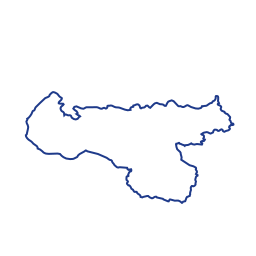 the State of Sachsen, rotated 200°
{"feature_id": "DEU-1601", "entity_name": "Sachsen", "entity_type": "State", "adm_level": 1, "iso_a3": "DEU", "parent_name": "Germany", "parent_adm1": "", "projection": "natural_earth1", "projection_center": [12.997, 50.915], "detail": "fine", "context": "isolated", "style": "outline", "palette": "blue", "viewbox_px": 256, "rotation_deg": 200, "n_neighbors": 0, "source": "natural_earth", "source_scale": "10m", "svg_char_len": 5687}
<svg xmlns="http://www.w3.org/2000/svg" viewBox="0 0 256 256"><g transform="rotate(200 128 128)"><path d="M186.9,120.1L186.3,120.1L185.6,119.8L184.8,118.9L184.4,118.5L182.0,117.9L180.0,118.2L178.5,119.4L177.7,121.7L177.0,122.5L177.7,122.9L179.8,123.1L181.1,123.5L180.5,124.0L180.4,124.8L182.0,126.1L184.3,126.7L186.0,127.5L185.6,129.5L183.8,130.7L178.9,130.4L176.6,130.8L176.0,131.3L174.8,132.7L174.1,133.3L164.3,136.9L163.1,137.0L160.8,136.8L159.6,137.0L158.9,137.4L158.0,138.4L157.3,138.8L156.5,138.8L155.9,138.7L155.4,138.7L154.8,139.3L154.5,140.1L154.8,141.3L154.8,141.7L154.3,142.2L153.6,142.3L151.8,143.3L150.6,143.5L147.8,143.2L146.4,143.3L144.0,144.0L142.8,144.2L137.2,144.2L134.3,144.6L131.8,145.9L132.5,147.1L132.3,148.2L131.4,149.1L130.4,149.7L130.7,150.4L130.7,150.9L130.3,151.2L129.7,151.5L128.6,152.6L127.5,153.4L126.4,153.6L125.0,153.1L124.6,152.7L123.7,151.5L123.3,151.1L122.6,150.9L122.4,151.0L122.4,151.3L122.0,151.6L119.6,153.0L119.3,153.5L118.6,155.1L117.3,155.7L116.3,155.3L115.2,154.7L114.0,154.6L111.9,159.2L111.0,160.5L109.5,161.5L106.2,161.3L104.4,161.8L103.2,162.0L102.1,161.8L101.6,161.5L101.1,161.4L100.6,161.5L100.0,161.8L99.6,165.1L99.2,166.5L98.3,167.4L96.4,168.9L94.3,168.8L88.5,165.9L88.0,165.8L87.4,165.9L86.1,166.5L85.0,166.4L84.0,166.4L83.0,166.7L82.2,167.4L80.8,169.1L80.1,169.7L79.2,169.8L75.9,169.3L71.2,169.5L68.6,170.2L66.4,171.7L65.9,172.9L66.0,173.6L65.9,173.9L64.9,174.1L64.1,174.7L62.3,175.5L61.6,176.1L59.6,179.0L58.9,179.6L58.2,180.0L57.7,180.6L57.5,181.9L56.3,183.2L55.9,184.0L55.7,185.4L55.9,186.4L56.3,187.2L56.3,188.0L55.4,188.5L54.3,188.4L53.7,187.6L52.9,185.3L52.8,184.5L52.5,183.9L51.0,182.5L50.9,182.4L51.0,182.2L51.5,181.9L51.8,181.4L51.8,181.1L51.6,180.8L51.2,180.6L49.3,180.5L48.4,180.3L47.7,179.8L47.5,179.2L47.5,177.8L47.1,177.1L45.9,176.3L42.9,176.2L42.4,175.5L40.7,175.0L39.8,175.1L39.3,175.1L36.5,173.6L35.9,173.3L35.7,173.1L35.4,171.6L35.5,171.2L35.6,170.8L35.4,170.4L34.1,169.7L32.9,168.1L32.3,167.9L30.6,168.0L30.1,167.4L30.1,167.1L30.3,166.9L30.7,166.6L31.3,166.3L32.3,166.0L32.5,165.9L32.6,165.6L32.7,165.0L33.2,164.6L33.3,164.3L33.3,163.5L33.2,163.2L32.2,162.5L32.0,162.2L32.0,161.8L32.1,161.4L32.5,160.7L33.2,159.9L34.6,159.0L35.5,158.2L36.0,157.5L36.7,157.4L37.3,157.5L37.8,157.7L38.3,158.3L38.6,158.6L39.1,158.7L39.7,158.7L40.3,158.2L41.7,156.3L42.7,156.1L43.2,156.3L43.8,156.6L44.1,156.6L45.8,156.2L46.3,155.7L46.7,154.5L46.6,152.9L48.4,151.1L48.7,151.0L49.8,151.0L51.0,151.2L52.5,151.1L52.9,150.9L54.9,149.7L55.6,149.1L56.9,147.3L56.3,147.0L54.9,147.1L54.2,146.8L53.8,146.2L53.4,145.1L53.7,144.0L53.6,143.7L53.2,143.4L52.9,143.3L51.8,143.4L51.8,143.1L51.9,142.7L52.3,141.7L53.0,141.3L53.4,141.3L53.8,141.2L54.8,140.1L54.8,139.9L54.6,139.6L53.6,139.3L52.8,138.6L52.9,137.7L57.5,136.6L58.0,136.4L60.0,135.1L62.2,134.8L62.9,135.1L63.3,135.2L64.5,133.8L65.8,132.6L68.3,131.4L68.5,131.3L68.6,130.6L69.8,131.0L71.2,130.9L73.2,131.1L74.2,130.9L74.5,131.0L74.9,131.5L75.0,131.5L75.5,131.1L76.3,130.2L77.3,129.7L77.3,129.1L76.0,126.8L74.5,124.9L72.7,124.1L71.0,123.4L70.1,122.7L69.5,121.5L67.6,118.8L67.1,116.4L57.4,114.1L53.4,114.4L50.8,114.0L50.5,113.8L50.3,113.5L50.1,112.9L50.2,112.5L50.1,112.2L49.8,111.9L48.7,111.1L48.1,110.2L48.4,108.0L46.5,107.5L46.4,106.9L47.1,106.2L47.4,105.3L47.2,103.0L47.0,102.2L45.8,100.9L45.7,99.2L45.3,98.3L45.2,97.8L45.5,96.9L46.1,96.0L46.8,95.5L47.7,95.5L48.2,95.3L48.3,95.1L48.6,94.2L48.6,93.6L48.5,93.0L47.8,91.7L47.6,91.1L47.6,89.8L47.4,88.0L46.9,87.0L46.9,85.9L46.7,85.4L46.8,85.2L47.8,84.5L48.3,83.8L48.9,83.5L49.2,82.5L49.2,78.8L51.0,77.6L51.2,77.2L51.4,76.4L51.7,76.1L53.7,76.8L55.6,77.0L56.1,76.9L59.3,75.7L63.9,75.3L64.2,75.2L64.4,74.8L64.7,73.0L65.3,72.8L70.3,73.0L71.0,73.4L77.1,72.6L77.3,72.7L77.6,73.0L77.9,73.1L78.3,73.0L79.2,72.5L79.6,72.1L80.8,70.5L81.7,70.1L84.0,70.3L85.8,71.0L87.0,70.5L90.3,68.3L90.8,67.7L92.6,67.5L93.3,68.7L94.1,69.1L95.0,69.4L95.8,69.5L97.2,70.1L98.0,70.9L98.8,70.8L99.2,70.5L100.0,70.2L100.4,70.3L100.9,70.6L102.2,71.7L104.0,72.1L105.7,73.8L106.6,74.3L107.1,74.5L107.8,74.2L108.0,74.2L109.8,75.2L110.0,75.5L110.1,75.8L110.0,76.4L109.8,77.0L109.7,77.5L110.4,78.2L111.7,78.8L112.1,79.7L112.6,81.4L112.6,81.8L112.4,82.2L111.5,82.7L111.2,83.0L111.4,83.5L111.8,83.8L111.9,84.5L111.8,85.3L111.8,86.5L111.5,87.3L111.2,87.7L110.5,88.2L110.3,88.6L110.4,89.4L110.8,90.1L111.1,90.3L112.1,89.3L112.8,89.4L113.1,88.9L113.9,89.0L114.4,89.2L115.2,90.3L122.1,88.4L123.0,88.0L123.6,87.5L124.3,87.4L125.1,87.4L128.0,88.5L128.9,89.2L129.4,89.6L130.1,89.9L131.0,90.5L132.0,91.7L132.8,92.0L134.1,91.8L134.9,91.9L137.8,92.7L147.3,93.3L158.1,92.2L159.2,92.4L159.4,92.5L160.1,92.4L161.1,90.9L164.6,86.9L165.6,85.0L165.7,83.8L166.0,83.2L168.5,80.6L169.2,80.1L171.7,79.0L175.6,78.2L178.6,78.5L180.9,79.2L183.0,80.3L185.4,79.9L193.6,76.6L196.3,75.9L197.6,75.9L199.0,76.1L200.5,76.8L203.2,77.7L205.9,77.8L206.2,78.7L207.5,79.8L211.6,80.9L213.0,81.7L214.4,82.3L217.3,83.0L218.7,83.6L219.7,84.2L220.9,85.2L221.5,86.3L221.0,87.3L221.7,92.8L222.0,94.3L222.1,94.8L223.3,96.5L224.7,97.8L225.7,99.4L225.4,101.7L225.9,102.2L224.8,103.8L224.0,106.0L223.5,108.2L223.4,110.2L223.3,111.3L222.9,111.8L222.4,112.2L222.1,112.7L222.0,113.5L222.0,115.1L221.8,116.0L219.1,121.7L216.0,127.8L213.8,129.8L212.9,131.0L212.9,132.5L211.9,134.6L211.3,135.5L210.7,136.1L209.7,136.3L208.3,136.3L206.0,135.9L203.6,134.4L202.7,134.0L200.5,133.5L200.2,132.9L200.4,131.5L201.5,129.4L201.8,128.4L201.5,127.5L200.7,127.5L197.3,128.6L196.6,128.2L196.9,127.2L197.6,126.0L198.1,125.1L198.2,123.9L198.0,123.1L197.5,122.4L196.8,121.7L196.0,121.2L194.3,120.9L193.5,120.4L192.9,119.8L192.6,118.8L192.2,118.1L191.7,119.2L191.0,119.5L188.7,119.4L186.9,120.1Z" fill="none" stroke="#1e3a8a" stroke-width="2"/></g></svg>